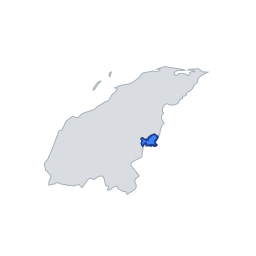 Trojes, El Paraíso, Honduras shown in context, rotated 330°
{"feature_id": "27666195B23836678424083", "entity_name": "Trojes", "entity_type": "district", "adm_level": 2, "iso_a3": "HND", "parent_name": "Honduras", "parent_adm1": "El Paraíso", "projection": "albers", "projection_center": [-85.831, 14.051], "detail": "fine", "context": "in_parent", "style": "filled", "palette": "blue", "viewbox_px": 256, "rotation_deg": 330, "n_neighbors": 0, "source": "geoboundaries", "source_scale": "gbopen_adm2", "svg_char_len": 5810}
<svg xmlns="http://www.w3.org/2000/svg" viewBox="0 0 256 256"><g transform="rotate(330 128 128)"><path d="M225.1,119.6L217.1,119.2L213.3,120.3L211.6,122.5L210.2,123.5L209.0,123.3L206.6,124.2L203.0,126.3L199.7,127.0L196.8,126.6L195.9,127.1L195.7,127.7L195.3,128.4L194.1,128.7L192.8,128.6L191.4,127.9L190.6,128.2L190.5,129.5L189.7,129.8L188.2,129.2L186.5,129.7L184.7,131.3L182.0,131.6L178.6,130.7L176.0,129.1L174.1,126.6L171.9,126.0L168.0,127.8L166.4,130.0L166.0,131.3L166.4,132.5L165.7,133.3L163.9,133.7L162.5,135.2L161.6,137.7L161.4,139.7L162.0,141.1L161.1,142.1L158.7,142.8L155.9,145.0L152.7,148.7L149.4,151.3L146.2,152.8L144.7,154.4L144.8,156.2L144.6,156.8L144.0,157.0L142.9,157.3L136.8,153.3L135.0,150.6L133.4,151.0L131.5,152.4L128.8,155.5L125.8,159.6L124.4,160.1L117.1,159.5L113.2,159.8L112.4,160.4L112.0,161.9L112.2,164.0L113.3,171.3L113.9,174.4L113.3,175.3L111.3,175.5L108.7,175.9L107.3,177.3L107.0,178.7L106.8,180.7L106.0,182.7L104.4,184.2L102.8,184.7L94.1,185.1L94.2,181.7L91.7,180.3L90.3,177.4L89.0,175.5L89.5,174.3L89.4,173.0L85.8,171.9L82.5,172.7L80.5,172.1L79.1,171.4L81.6,169.7L81.8,168.7L81.0,168.0L80.2,167.4L80.4,165.5L80.9,163.3L82.4,158.0L81.9,157.1L79.6,155.5L76.8,155.3L73.7,155.8L72.2,155.0L70.9,153.2L68.7,152.3L64.8,153.7L60.6,155.8L59.3,156.6L58.3,156.5L57.8,154.8L57.6,152.9L57.4,152.4L55.2,151.7L52.6,151.2L51.3,150.6L50.0,149.3L47.0,147.6L46.3,146.3L42.2,143.4L41.4,141.9L40.4,140.9L38.5,139.5L36.9,139.8L31.7,138.1L30.9,137.9L31.6,136.5L33.3,134.3L37.0,131.8L37.3,129.8L36.4,126.0L35.5,123.4L36.0,122.3L37.2,117.8L38.1,116.8L43.3,114.6L43.8,114.3L47.9,111.2L52.5,107.7L57.3,103.8L62.6,99.5L65.5,97.0L66.9,95.9L69.9,96.8L72.3,94.8L73.7,94.1L76.9,91.7L77.9,91.2L83.3,90.2L85.9,90.2L88.2,92.8L90.0,94.1L93.4,93.0L96.2,92.7L108.0,95.1L112.7,94.1L121.3,93.9L125.2,94.5L130.6,91.2L134.2,90.6L138.3,89.0L137.7,87.5L136.7,86.7L143.0,87.4L152.4,90.8L162.3,90.1L165.9,88.3L168.2,87.8L178.4,91.2L181.1,93.8L183.2,94.1L184.9,93.5L185.3,92.9L183.3,92.3L182.4,91.5L190.4,93.1L205.7,105.5L206.0,106.5L199.5,102.8L196.1,103.1L195.2,103.7L195.4,105.8L195.7,106.7L197.2,106.8L198.3,106.2L200.9,106.9L202.7,108.2L204.9,110.2L206.2,112.5L207.6,112.5L208.9,111.1L211.5,110.9L213.2,112.4L214.4,112.3L212.7,110.0L208.8,107.7L209.7,107.6L218.4,111.7L220.9,116.9L223.0,118.1L225.1,119.6ZM123.3,75.3L118.3,77.8L116.7,77.7L119.0,75.8L122.7,74.1L125.8,73.3L128.4,73.7L123.3,75.3ZM140.3,72.6L137.9,74.5L137.5,73.6L138.7,71.9L140.1,70.9L141.5,71.0L141.1,71.8L140.3,72.6Z" fill="#d9dde1" stroke="#a8b0b8" stroke-width="1"/><path d="M131.5,151.1L131.8,151.0L131.9,150.9L132.0,150.8L132.0,150.7L132.3,150.8L132.5,150.8L132.6,150.7L132.8,150.4L133.1,150.3L133.3,150.2L133.5,150.2L133.8,150.2L134.9,150.0L134.9,149.9L135.0,149.9L135.6,149.7L135.9,149.7L136.1,150.0L135.9,150.3L136.0,150.4L134.9,152.4L135.0,152.4L135.2,152.5L135.3,152.3L135.5,152.4L135.5,152.5L135.9,152.7L135.9,152.8L136.1,153.0L136.3,153.2L136.4,153.3L136.6,153.4L136.6,153.2L136.7,153.3L136.7,153.2L136.8,153.3L137.0,153.5L137.1,153.4L137.2,153.5L137.3,153.5L137.2,153.6L137.3,153.7L137.3,153.8L137.5,153.9L137.8,154.0L137.8,153.9L137.9,154.0L138.3,154.2L138.3,154.3L138.6,154.4L138.7,154.5L138.7,154.4L138.8,154.3L138.9,154.6L139.0,154.6L138.9,155.0L139.0,155.2L139.1,155.3L139.3,155.3L139.5,155.3L139.6,155.2L139.7,154.9L139.8,154.8L139.7,154.7L139.9,154.7L140.0,154.5L140.3,154.7L140.4,154.8L140.4,154.7L140.5,154.8L140.5,154.7L140.6,154.8L140.8,154.8L141.1,154.9L141.1,155.0L141.3,155.1L141.2,155.1L141.2,155.3L141.3,155.3L141.3,155.5L141.2,155.6L141.3,155.7L141.3,155.8L141.2,155.8L141.3,155.8L141.2,155.9L141.2,156.0L141.3,156.0L141.4,156.3L141.5,156.3L141.7,156.5L141.7,156.8L141.9,156.8L141.9,157.1L142.0,157.2L142.3,157.2L142.4,157.3L142.6,157.4L142.8,157.3L143.0,157.4L143.4,157.1L143.6,157.1L143.7,157.3L143.8,157.3L143.9,157.2L143.9,157.4L144.0,157.5L144.2,157.4L144.3,157.4L144.5,157.3L144.5,157.2L144.4,157.1L144.6,156.9L144.5,156.6L144.5,156.4L144.1,156.2L143.9,156.1L143.7,156.0L143.7,155.7L143.8,155.6L143.9,155.4L143.9,155.1L144.0,154.9L143.9,154.7L144.0,154.5L144.0,154.2L143.9,153.9L144.0,153.7L144.0,153.3L144.1,153.2L144.3,153.2L144.5,153.2L144.8,153.1L144.9,152.9L145.2,152.7L145.4,152.5L145.5,152.5L146.1,152.6L146.2,152.9L146.3,152.9L146.5,152.7L146.7,152.3L146.8,152.1L146.7,151.9L146.8,151.8L147.2,151.9L147.3,151.9L147.6,151.9L147.8,151.9L148.0,152.0L148.1,151.9L148.0,151.7L148.3,151.6L148.5,151.4L148.7,151.2L148.8,151.2L149.1,150.8L149.4,150.8L149.5,150.8L149.5,150.6L149.5,150.3L149.6,150.1L149.7,149.9L149.5,149.7L149.3,149.6L149.2,149.6L148.9,149.4L148.8,149.2L148.6,149.3L148.5,149.1L148.5,148.8L148.5,148.7L148.5,148.4L148.6,148.2L148.6,147.9L148.4,147.5L148.3,147.4L148.3,147.2L148.2,147.0L148.0,146.9L147.9,146.9L147.7,146.8L147.6,146.7L147.2,146.2L146.9,146.3L147.0,146.5L146.8,146.6L146.7,146.7L146.3,146.5L146.1,146.3L145.9,146.4L145.6,146.3L145.3,146.1L145.2,146.1L144.9,146.1L144.7,146.2L144.5,146.3L144.3,146.2L144.2,146.1L144.0,145.9L143.9,145.8L143.6,145.8L143.5,146.0L143.5,146.3L143.3,146.4L143.3,146.5L143.2,146.8L143.2,147.0L142.9,147.0L142.7,147.0L142.3,147.0L142.2,146.9L142.0,146.7L141.8,146.4L141.7,146.2L141.3,146.2L141.2,146.3L141.0,146.5L140.9,146.6L140.7,146.8L140.4,146.8L140.3,147.0L140.2,147.0L140.2,147.3L140.2,147.5L140.1,147.9L139.8,148.1L139.6,148.1L139.4,148.2L139.2,148.2L138.8,147.9L138.7,147.7L138.5,147.8L138.4,147.9L138.3,148.0L138.0,148.1L137.9,148.2L137.8,147.9L137.9,147.7L137.9,147.4L138.0,147.3L138.0,147.2L138.1,146.9L138.1,146.7L137.9,146.7L137.7,146.6L137.4,146.6L137.1,146.5L136.8,146.4L136.7,146.3L136.4,146.2L136.3,144.9L135.8,144.2L135.7,143.8L135.6,143.7L135.4,143.7L135.2,143.7L134.9,143.6L134.6,143.6L134.4,143.5L134.1,143.6L134.1,143.9L134.0,144.0L133.8,144.2L134.0,146.1L131.6,148.2L131.5,151.1Z" fill="#3b82f6" stroke="#1e3a8a" stroke-width="1.5"/></g></svg>